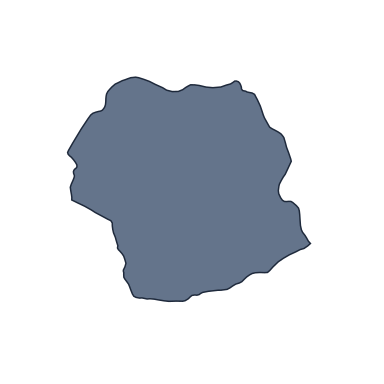 Zadiè, Ogooué-Ivindo, Gabon, rotated 297°
{"feature_id": "22940354B86386728493807", "entity_name": "Zadiè", "entity_type": "district", "adm_level": 2, "iso_a3": "GAB", "parent_name": "Gabon", "parent_adm1": "Ogooué-Ivindo", "projection": "natural_earth1", "projection_center": [13.91, 0.867], "detail": "fine", "context": "isolated", "style": "filled", "palette": "slate", "viewbox_px": 384, "rotation_deg": 297, "n_neighbors": 0, "source": "geoboundaries", "source_scale": "gbopen_adm2", "svg_char_len": 2668}
<svg xmlns="http://www.w3.org/2000/svg" viewBox="0 0 384 384"><g transform="rotate(297 192 192)"><path d="M199.9,320.9L201.0,318.0L203.1,314.9L204.6,312.4L206.3,308.8L208.0,306.6L211.3,303.9L215.4,301.4L220.8,298.2L224.0,296.1L226.0,294.2L227.2,291.3L228.4,286.5L228.5,284.4L227.6,282.5L226.3,280.4L225.5,278.5L225.7,276.3L227.1,273.6L229.8,270.1L232.4,268.3L236.9,266.7L238.8,266.3L242.7,266.3L246.6,266.5L250.1,267.0L256.5,266.8L264.4,266.5L266.2,265.0L270.6,260.5L274.8,255.9L278.2,252.9L282.2,249.1L283.3,247.0L284.2,244.8L284.6,241.4L284.7,237.7L284.7,234.8L285.0,231.8L286.6,229.3L288.3,226.8L290.9,222.9L293.0,220.5L296.1,217.4L299.6,213.8L304.0,208.2L305.8,205.6L307.4,203.4L307.5,200.6L306.8,198.2L306.1,195.7L306.2,194.1L305.7,192.3L305.4,191.0L306.3,189.3L307.8,188.4L309.3,186.9L310.6,185.2L311.3,183.3L311.0,181.1L310.2,179.7L308.5,178.9L305.8,177.3L302.9,174.1L298.6,170.0L294.4,163.2L291.9,157.0L290.2,150.1L288.6,145.6L286.8,142.0L284.4,140.3L282.2,138.9L279.0,137.3L275.4,134.2L272.5,128.8L271.2,123.1L271.6,118.6L271.2,110.4L271.2,103.8L270.5,97.9L269.6,92.5L268.7,89.6L267.1,87.2L266.1,85.6L263.7,83.3L261.6,81.4L259.5,79.3L255.6,76.4L253.3,74.6L249.4,73.0L246.7,72.2L243.4,71.4L240.5,71.4L238.4,72.0L236.3,72.8L233.5,74.1L230.7,75.2L228.4,75.6L226.5,75.5L224.2,75.0L222.6,73.8L221.3,72.1L219.4,70.0L217.1,67.9L214.6,66.8L210.2,66.1L198.0,64.7L181.5,63.5L173.2,63.1L170.8,63.2L169.4,64.5L168.6,66.7L168.2,68.7L166.9,71.9L165.5,74.7L163.9,77.1L162.1,78.1L160.3,77.8L159.3,77.2L157.8,76.9L156.3,77.1L154.9,78.0L153.3,79.7L151.9,80.3L148.4,80.7L144.2,80.9L141.0,81.4L138.8,82.9L136.9,84.3L134.8,85.9L132.6,87.4L130.3,88.5L130.4,95.2L130.6,102.8L130.3,110.4L129.8,115.1L129.7,120.7L129.6,125.7L129.5,129.2L129.6,132.7L128.2,135.0L125.6,136.4L122.8,138.3L120.0,140.6L116.9,144.2L114.5,146.4L112.5,148.3L110.5,150.3L108.3,151.0L107.2,152.6L106.7,154.2L105.4,157.5L103.9,160.2L101.6,162.6L98.5,165.5L95.0,166.2L91.2,166.3L89.8,167.1L89.2,167.8L87.5,168.6L85.1,170.0L84.0,171.6L82.5,174.6L81.1,177.3L79.3,179.4L76.8,182.1L74.1,185.2L72.7,187.5L72.7,190.0L73.7,193.5L74.9,195.4L76.3,200.6L77.7,202.8L79.4,207.0L80.5,210.7L82.4,216.6L84.1,221.1L87.6,227.4L90.4,233.2L92.0,235.2L95.2,237.2L97.7,238.0L99.8,238.9L101.5,241.2L102.3,243.2L103.8,244.9L105.6,245.8L107.4,247.1L110.9,251.6L116.3,259.8L117.6,262.3L121.2,267.5L123.9,269.4L126.6,270.8L129.8,272.8L132.4,275.5L134.7,277.1L137.8,278.1L141.2,279.3L144.4,281.0L146.8,282.7L148.8,285.1L151.1,289.0L153.1,293.3L154.6,295.8L157.3,296.9L162.2,298.2L169.1,300.6L174.4,303.5L180.3,307.3L186.0,311.8L189.8,314.5L192.5,317.4L196.5,319.6L199.9,320.9Z" fill="#64748b" stroke="#1e293b" stroke-width="1.5"/></g></svg>